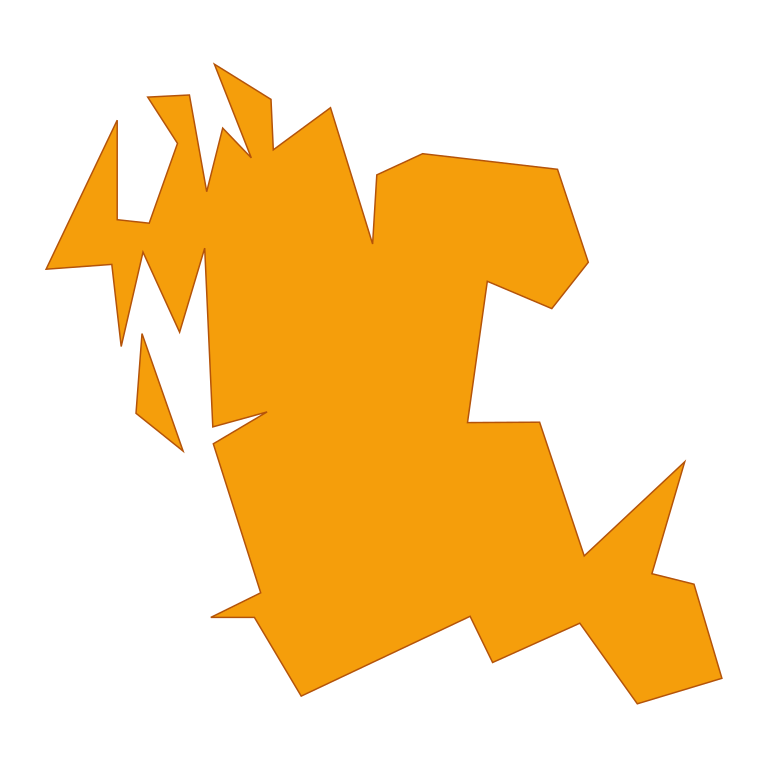 SVG path tracing the border of South Chungcheong
{"feature_id": "KOR-2502", "entity_name": "South Chungcheong", "entity_type": "Province", "adm_level": 1, "iso_a3": "KOR", "parent_name": "South Korea", "parent_adm1": "", "projection": "equal_earth", "projection_center": [126.614, 36.518], "detail": "coarse", "context": "isolated", "style": "filled", "palette": "amber", "viewbox_px": 768, "rotation_deg": 0, "n_neighbors": 0, "source": "natural_earth", "source_scale": "10m", "svg_char_len": 716}
<svg xmlns="http://www.w3.org/2000/svg" viewBox="0 0 768 768"><path d="M470.1,616.3L301.2,696.1L254.4,617.4L210.8,617.4L260.7,592.8L213.3,443.8L267.1,411.9L212.8,426.9L204.7,248.1L179.6,332.2L143.0,252.1L121.2,346.5L111.8,264.4L46.1,269.2L117.2,120.2L117.2,219.7L149.2,223.2L177.5,143.4L147.7,97.1L189.4,95.0L206.7,191.7L222.7,128.1L251.3,157.9L214.4,64.2L271.0,99.4L273.3,149.8L330.5,107.7L372.6,244.0L376.8,174.9L422.6,153.7L557.5,169.3L588.3,262.3L551.8,308.6L487.3,281.3L467.5,422.6L539.6,422.2L584.2,555.9L684.7,461.8L651.9,573.7L694.0,584.2L721.9,678.3L637.3,703.8L579.8,623.2L492.6,662.5L470.1,616.3ZM142.0,333.6L183.1,451.1L136.0,413.3L142.0,333.6Z" fill="#f59e0b" stroke="#b45309" stroke-width="1.5"/></svg>